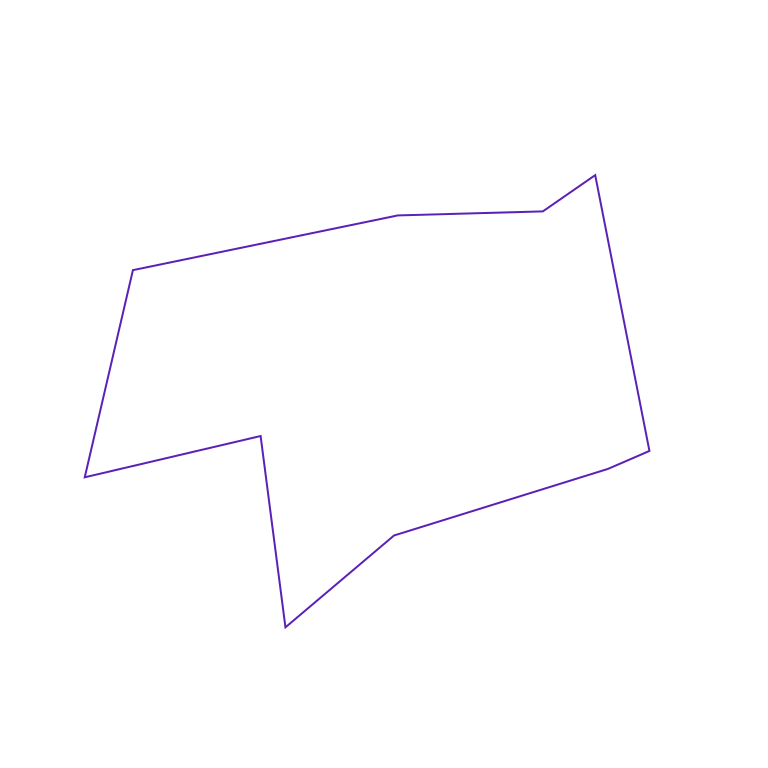 map outline of Devonshire (Equal Earth projection), rotated 17°
{"feature_id": "BMU-5136", "entity_name": "Devonshire", "entity_type": "state/province", "adm_level": 1, "iso_a3": "BMU", "parent_name": "Bermuda", "parent_adm1": "", "projection": "equal_earth", "projection_center": [-64.76, 32.301], "detail": "fine", "context": "isolated", "style": "outline", "palette": "violet", "viewbox_px": 768, "rotation_deg": 17, "n_neighbors": 0, "source": "natural_earth", "source_scale": "10m", "svg_char_len": 297}
<svg xmlns="http://www.w3.org/2000/svg" viewBox="0 0 768 768"><g transform="rotate(17 384 384)"><path d="M110.6,348.5L347.8,218.8L485.4,172.5L524.9,122.5L657.4,370.4L623.0,399.7L437.9,525.9L360.9,645.5L281.2,469.8L125.1,560.7L110.6,348.5Z" fill="none" stroke="#5b21b6" stroke-width="2"/></g></svg>